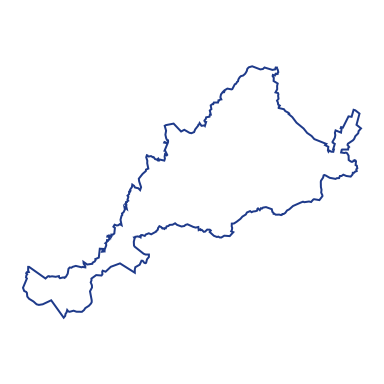 Zihuateutla, Puebla, Mexico
{"feature_id": "50627088B80124610237867", "entity_name": "Zihuateutla", "entity_type": "district", "adm_level": 2, "iso_a3": "MEX", "parent_name": "Mexico", "parent_adm1": "Puebla", "projection": "natural_earth1", "projection_center": [-97.808, 20.291], "detail": "fine", "context": "isolated", "style": "outline", "palette": "blue", "viewbox_px": 384, "rotation_deg": 0, "n_neighbors": 0, "source": "geoboundaries", "source_scale": "gbopen_adm2", "svg_char_len": 5997}
<svg xmlns="http://www.w3.org/2000/svg" viewBox="0 0 384 384"><path d="M29.1,298.8L33.5,301.5L36.6,304.3L38.9,304.9L42.7,304.3L51.2,300.3L63.7,317.7L65.2,315.9L65.5,313.9L66.5,312.5L67.2,310.0L68.3,311.4L69.6,311.8L73.6,310.7L76.4,311.7L81.9,311.8L84.0,310.1L85.3,308.1L88.9,305.8L91.0,303.5L91.7,302.1L91.7,300.3L90.0,291.3L92.0,287.5L91.9,285.2L90.7,282.4L91.5,280.3L91.4,278.6L96.2,275.1L101.5,275.5L102.4,274.3L102.2,271.8L102.7,270.7L105.6,271.7L110.8,266.8L120.0,263.4L134.8,272.7L134.8,269.5L135.3,267.2L139.7,264.7L141.5,260.7L142.7,260.8L144.3,262.8L145.3,263.2L146.1,262.8L147.0,259.3L148.9,257.0L148.9,254.5L145.5,254.5L143.7,253.8L134.6,246.6L134.0,245.5L133.8,241.8L134.6,238.4L134.1,237.5L135.2,237.4L135.3,236.8L137.6,236.4L139.2,236.8L139.5,236.4L140.6,237.3L141.0,235.2L142.0,235.0L144.8,235.9L145.8,234.5L148.8,233.3L151.2,234.3L156.3,231.5L156.3,231.0L157.8,229.7L158.0,228.2L159.4,226.2L161.1,227.0L162.3,228.4L162.7,228.1L164.3,228.9L164.6,228.2L165.8,228.3L166.6,226.4L168.4,226.0L169.6,224.9L172.6,224.7L175.1,223.3L177.1,224.9L181.5,226.5L184.3,226.0L185.5,224.9L187.5,224.3L193.2,226.9L195.7,227.6L198.3,227.0L198.7,230.1L200.4,229.3L200.7,230.1L201.8,229.9L203.8,231.8L205.1,231.6L207.2,229.6L209.8,229.7L210.8,230.5L209.7,232.0L213.9,235.8L217.0,237.0L218.3,236.6L219.6,237.4L221.3,237.5L224.3,235.7L229.7,236.1L233.3,232.2L231.2,231.3L231.9,229.9L232.2,227.9L231.7,226.4L231.8,223.6L233.9,223.5L236.6,221.8L240.4,218.9L242.4,216.6L245.8,214.5L246.9,212.5L250.1,211.1L251.6,212.2L253.1,211.5L255.6,211.2L257.1,210.6L257.4,208.9L258.0,208.4L259.8,210.1L261.0,208.2L261.9,208.6L263.0,207.6L266.0,207.1L271.8,209.2L272.4,211.9L273.4,212.8L273.6,213.8L274.2,213.7L275.8,214.7L279.3,214.6L281.1,215.1L282.2,214.6L282.4,214.0L283.6,214.0L285.3,212.9L287.0,210.5L289.3,209.3L293.0,206.0L300.9,202.5L303.0,201.7L304.3,202.2L309.0,201.5L311.1,202.0L313.1,199.7L314.0,199.2L319.4,200.1L322.4,196.2L322.4,195.3L321.2,192.6L321.5,189.8L320.9,187.0L320.8,181.9L321.0,180.7L323.1,177.6L323.6,175.4L324.3,175.0L325.7,175.5L329.7,177.8L335.6,178.9L336.8,178.2L339.1,178.1L339.9,176.0L341.5,176.0L343.3,174.7L346.4,176.0L350.7,176.6L352.6,174.4L352.8,172.8L354.0,172.8L355.2,171.6L356.7,171.1L356.3,169.3L357.3,168.3L356.8,165.7L355.6,165.1L356.0,161.4L355.6,160.6L354.8,160.2L354.4,160.8L353.6,160.6L353.4,161.2L352.0,161.9L350.6,161.4L348.7,160.0L348.6,155.7L347.1,153.2L345.9,152.6L344.4,153.0L341.1,152.5L341.7,149.9L342.1,149.5L348.1,149.5L348.4,147.6L349.1,147.0L347.5,145.0L347.9,143.7L353.0,140.3L354.2,138.9L355.3,136.2L358.2,133.3L358.6,131.1L361.0,128.4L356.5,124.8L359.5,113.6L355.3,110.3L353.6,109.8L351.6,116.8L348.5,116.4L342.9,127.6L341.1,127.1L340.8,128.0L341.7,128.0L341.0,132.6L335.6,130.4L334.9,132.8L335.3,135.1L334.8,137.8L332.5,141.9L332.6,142.5L334.8,143.9L333.1,149.4L333.9,149.5L333.3,151.8L331.3,151.7L329.3,150.6L328.5,151.7L327.9,150.4L328.3,146.8L325.1,145.1L326.3,143.9L314.3,139.1L311.6,136.0L307.1,132.9L303.6,128.5L296.5,122.7L292.3,117.1L288.6,114.0L289.1,113.4L288.3,112.7L285.3,111.1L283.9,109.2L278.7,108.0L278.7,107.2L279.8,105.6L278.2,104.6L277.8,102.2L277.0,100.7L278.5,98.8L278.1,95.7L278.4,94.3L278.0,93.1L275.5,92.4L277.2,89.2L277.1,85.9L277.7,83.5L273.6,81.0L273.8,77.8L272.6,76.0L272.9,74.9L274.9,75.5L275.6,73.8L276.8,74.2L277.7,73.8L277.4,73.2L278.3,72.1L277.6,69.3L276.7,68.4L276.9,67.6L275.7,67.5L275.1,69.4L272.4,69.9L264.5,67.5L262.9,69.0L260.3,69.4L252.2,66.3L248.8,67.3L247.4,68.7L246.7,71.2L245.2,73.7L243.2,75.5L240.8,76.2L239.6,77.4L238.4,79.4L238.0,81.3L237.0,82.0L236.1,83.7L234.8,84.3L232.3,89.1L231.5,89.4L227.4,88.6L224.5,90.3L224.3,90.5L224.7,90.5L224.1,92.2L222.5,92.4L221.0,94.4L220.4,97.2L221.3,99.4L219.8,99.7L218.9,100.7L218.5,100.5L218.0,102.5L213.9,102.5L213.3,104.0L212.8,103.8L210.7,105.4L211.4,109.1L209.8,110.5L210.8,114.6L209.9,114.6L209.5,116.7L206.2,117.3L205.7,119.1L204.6,120.3L204.4,120.8L205.0,121.8L206.1,122.0L204.9,125.9L204.5,125.4L201.5,125.8L199.6,123.1L199.1,124.4L198.4,124.7L198.2,125.6L195.2,129.4L194.1,132.1L191.4,133.2L189.5,132.8L184.3,129.8L181.1,131.5L173.6,123.6L166.0,125.1L164.7,125.8L166.1,130.7L165.4,134.7L166.2,138.3L167.0,140.0L168.0,140.3L168.1,141.8L167.7,143.1L164.5,142.0L164.2,142.6L167.6,143.3L164.6,150.6L165.1,150.6L167.2,154.9L166.7,155.4L165.0,154.3L164.6,156.7L164.9,158.7L164.3,160.6L159.1,159.4L159.1,160.5L158.1,160.6L157.7,160.3L158.3,159.5L158.1,158.7L157.0,159.6L155.1,159.1L153.6,157.1L153.0,157.3L151.0,156.1L148.7,156.5L147.8,156.0L147.3,156.8L147.4,155.4L146.9,155.2L146.2,157.2L147.3,160.7L147.2,163.3L148.3,168.6L146.0,169.6L145.8,171.1L142.6,173.9L138.8,178.7L139.2,181.5L141.1,187.2L140.1,190.1L138.4,188.3L135.0,187.5L134.0,185.8L132.3,184.6L131.9,187.1L130.1,189.7L130.0,190.2L130.5,190.8L129.7,192.2L129.1,192.0L129.1,194.1L127.5,195.7L128.4,196.9L127.5,199.6L128.2,200.7L127.2,201.3L127.0,202.0L126.0,202.1L125.8,203.5L125.4,203.9L126.2,204.0L126.4,204.8L125.9,205.0L126.8,208.9L124.4,206.9L124.9,209.5L123.5,212.3L122.0,213.5L122.3,214.9L121.5,215.9L120.5,219.8L121.6,225.2L119.8,224.1L118.4,225.2L116.8,225.5L114.6,224.7L113.4,226.7L114.9,227.9L114.3,233.5L113.1,234.5L111.4,234.6L111.7,235.9L111.2,236.8L109.0,235.4L108.1,236.3L107.5,236.0L107.3,236.6L108.4,236.7L110.0,238.6L109.2,238.9L109.2,239.6L108.0,240.0L107.9,240.7L107.0,240.4L107.0,241.7L105.4,243.2L106.1,243.6L106.2,245.5L104.6,249.7L104.6,250.7L103.3,251.0L103.8,251.5L102.1,251.7L103.0,248.9L99.8,248.7L98.8,257.6L95.3,259.1L95.6,260.0L94.7,261.5L92.7,262.6L92.3,263.8L87.2,264.5L83.5,261.9L83.7,263.7L85.3,266.3L85.3,267.4L82.5,266.9L81.6,267.3L75.8,265.9L72.5,266.9L71.5,267.7L69.7,267.5L68.5,268.8L67.7,273.7L65.9,276.8L65.0,277.1L64.6,277.9L63.2,277.4L60.0,278.2L59.1,277.3L58.9,276.1L55.7,276.8L52.1,276.3L49.5,276.7L48.9,276.1L47.8,276.4L45.5,278.5L29.1,266.9L28.2,266.9L28.1,270.4L28.8,272.0L26.8,272.2L26.2,273.2L27.2,274.3L26.4,275.3L26.0,277.4L26.9,278.5L23.0,287.8L24.2,291.0L26.2,291.9L26.9,292.9L27.3,296.6L29.1,298.8Z" fill="none" stroke="#1e3a8a" stroke-width="2"/></svg>